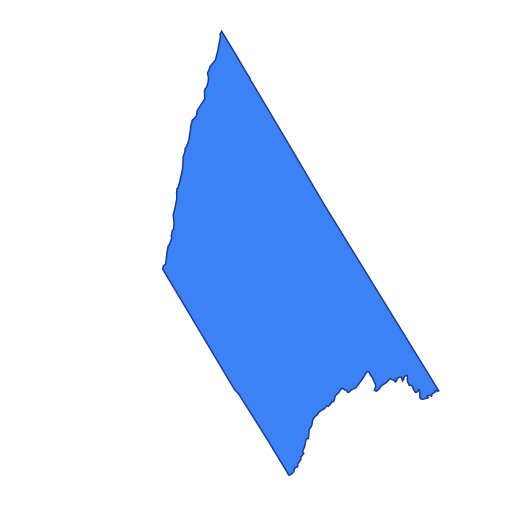 outline of Lake, Minnesota, United States of America, rotated 149°
{"feature_id": "52423323B21927262007954", "entity_name": "Lake", "entity_type": "district", "adm_level": 2, "iso_a3": "USA", "parent_name": "United States of America", "parent_adm1": "Minnesota", "projection": "mercator", "projection_center": [-91.467, 47.572], "detail": "fine", "context": "isolated", "style": "filled", "palette": "blue", "viewbox_px": 512, "rotation_deg": 149, "n_neighbors": 0, "source": "geoboundaries", "source_scale": "gbopen_adm2", "svg_char_len": 2331}
<svg xmlns="http://www.w3.org/2000/svg" viewBox="0 0 512 512"><g transform="rotate(149 256 256)"><path d="M169.7,466.4L172.7,464.4L173.5,462.4L182.5,452.2L189.8,444.9L198.3,441.9L199.7,440.2L199.8,440.2L203.3,437.9L204.5,434.5L204.9,433.3L207.2,430.1L210.3,427.1L212.1,425.7L213.0,425.7L215.2,424.0L219.1,417.0L231.5,411.0L234.1,407.6L236.2,406.2L240.8,405.2L245.3,400.7L246.5,398.8L253.9,389.9L258.5,386.0L261.0,384.9L263.9,381.4L267.6,378.4L268.5,376.5L274.7,367.8L283.2,358.9L287.1,355.2L288.2,354.4L289.0,354.5L291.7,350.8L294.3,346.0L301.6,337.9L305.5,334.3L309.7,325.7L312.8,321.5L314.9,320.6L318.4,316.6L319.1,314.6L324.0,310.6L326.0,309.9L330.4,305.0L337.6,295.7L340.5,295.2L342.7,292.9L343.2,152.0L341.9,147.2L340.8,93.0L340.7,51.2L340.1,51.0L339.9,50.8L338.1,50.9L335.2,51.5L333.8,52.3L333.2,53.6L330.9,54.3L329.8,54.3L329.7,53.9L329.3,53.8L328.0,54.9L327.2,56.3L325.9,57.0L323.4,57.9L322.1,58.7L321.4,60.0L320.9,60.6L316.8,62.1L316.6,62.5L316.6,63.0L316.8,63.6L316.8,63.8L317.0,64.4L312.8,67.3L308.3,72.2L306.8,73.4L305.1,72.5L299.8,79.9L297.1,81.0L295.2,82.3L291.8,86.3L288.1,88.1L286.0,88.1L282.8,89.7L280.0,90.0L277.9,90.0L277.3,89.8L275.0,90.1L274.3,90.5L274.1,90.8L273.8,91.0L273.3,91.2L272.4,91.1L272.3,90.7L271.6,89.9L269.2,90.4L266.0,92.0L264.7,91.2L262.7,92.6L260.1,95.3L255.0,96.5L251.5,98.2L249.7,97.9L249.4,97.7L249.6,97.0L247.6,93.3L247.7,91.9L246.8,91.4L243.4,92.1L238.2,91.6L226.2,96.6L220.6,99.8L218.7,98.1L219.3,95.2L218.8,92.2L220.0,83.1L223.8,79.9L222.4,78.1L218.7,78.7L215.7,80.2L209.8,80.3L204.2,81.9L201.2,77.7L201.7,76.6L201.5,76.3L201.3,76.2L199.2,77.0L199.1,77.9L198.6,78.6L198.1,78.1L197.2,78.1L196.0,78.5L195.1,78.2L193.6,77.0L194.5,74.9L194.7,73.5L192.5,74.4L192.7,75.0L192.4,75.4L190.0,76.4L188.1,76.0L188.0,75.6L188.1,75.2L189.0,73.2L189.9,72.5L190.8,70.2L191.2,66.9L191.2,66.2L191.0,65.9L190.4,65.9L190.0,65.7L188.9,63.2L189.2,62.9L189.7,60.8L189.6,57.1L188.7,56.5L186.9,56.8L185.6,57.6L185.3,57.2L185.8,54.6L186.0,53.9L188.0,51.5L188.2,50.9L188.5,49.3L187.5,47.6L182.1,45.9L181.3,45.8L181.4,47.6L180.7,47.8L179.8,47.7L178.7,46.9L178.1,45.6L177.2,45.7L176.6,46.8L176.3,47.1L172.6,47.1L171.5,48.5L170.9,48.4L170.2,46.4L168.8,46.3L171.1,265.8L170.5,322.8L170.0,405.4L170.2,409.9L169.7,410.6L169.8,420.6L169.6,438.2L169.7,466.4Z" fill="#3b82f6" stroke="#1e3a8a" stroke-width="1.5"/></g></svg>